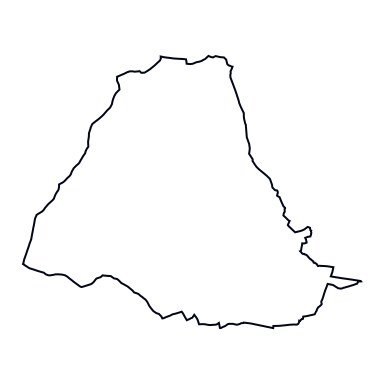 outline of Diosig, Bihor, Romania
{"feature_id": "2599482B5279611201513", "entity_name": "Diosig", "entity_type": "district", "adm_level": 2, "iso_a3": "ROU", "parent_name": "Romania", "parent_adm1": "Bihor", "projection": "equal_earth", "projection_center": [21.983, 47.326], "detail": "fine", "context": "isolated", "style": "outline", "palette": "ink", "viewbox_px": 384, "rotation_deg": 0, "n_neighbors": 0, "source": "geoboundaries", "source_scale": "gbopen_adm2", "svg_char_len": 5888}
<svg xmlns="http://www.w3.org/2000/svg" viewBox="0 0 384 384"><path d="M342.7,288.2L343.5,287.8L344.2,287.7L346.4,287.0L347.4,286.8L354.2,284.7L356.0,284.0L357.0,283.7L357.8,282.4L358.3,281.6L358.6,281.4L359.0,281.4L360.1,281.5L361.0,281.4L360.7,281.0L351.1,279.5L341.1,278.1L330.8,276.4L332.4,271.9L333.1,268.6L333.4,267.2L326.8,266.2L319.3,265.8L317.9,266.0L316.5,263.8L315.8,263.5L315.0,262.9L314.9,262.8L314.7,262.8L314.0,262.8L313.8,262.7L313.6,262.6L313.6,262.4L313.5,262.2L313.5,261.8L313.4,261.5L312.4,260.7L311.6,260.1L311.3,259.7L309.8,258.7L309.1,257.9L307.6,256.1L306.8,255.3L306.4,254.9L305.3,254.6L305.0,254.4L304.4,254.0L304.1,254.2L303.6,253.9L302.6,253.8L302.1,253.3L300.2,251.2L300.7,251.0L301.0,250.6L301.2,249.6L301.7,246.8L302.3,243.3L303.6,243.5L304.9,243.3L306.6,242.6L306.5,241.9L306.0,239.6L305.5,238.5L305.2,237.9L307.4,237.0L308.1,236.8L309.4,236.6L310.3,236.5L310.4,236.0L310.8,235.4L310.9,235.0L311.0,234.7L311.0,233.9L311.3,233.3L311.3,232.7L311.0,231.5L311.0,231.1L311.2,230.7L310.4,230.2L310.0,227.8L307.7,226.9L304.2,229.5L302.0,230.5L300.0,231.1L295.1,232.3L288.9,226.4L287.8,225.1L289.6,220.9L288.6,220.5L285.6,217.5L283.4,215.5L283.6,214.2L284.1,212.6L284.7,211.8L284.7,210.0L284.6,208.9L285.1,208.3L285.0,207.8L283.8,206.6L283.3,206.0L282.3,203.8L281.0,200.8L279.6,197.2L277.4,196.0L277.1,195.7L277.1,195.2L277.8,192.9L277.8,192.0L277.5,191.1L277.0,190.4L275.5,190.3L275.0,190.1L272.7,187.8L272.3,187.1L272.0,184.7L270.0,179.1L269.7,178.7L266.7,175.7L259.2,169.5L256.6,167.0L255.2,165.1L252.5,160.8L252.7,159.7L252.5,159.0L249.1,153.8L249.8,148.7L249.2,144.1L246.8,137.3L245.8,124.8L245.1,123.2L244.4,120.2L244.0,118.2L243.8,116.0L243.8,113.1L240.8,106.9L239.2,103.0L238.8,101.1L235.8,91.8L232.9,83.9L230.5,77.7L230.3,75.2L230.7,73.3L230.6,71.7L230.6,71.3L231.8,68.7L232.5,66.7L231.4,66.5L230.0,65.8L229.2,65.6L228.2,65.0L227.3,64.1L226.7,61.9L226.2,59.6L223.9,57.4L220.6,57.2L215.6,56.1L213.0,57.4L210.9,57.0L208.5,55.9L205.2,59.0L202.7,60.2L201.9,60.8L201.2,61.1L199.1,61.7L196.5,62.2L192.9,63.7L190.4,64.1L189.0,64.0L186.6,63.7L186.4,61.3L186.0,59.3L182.7,59.0L179.0,58.8L174.0,58.5L168.7,57.8L164.5,57.3L160.7,56.5L160.8,58.6L159.9,60.6L158.1,62.2L156.6,63.6L154.6,65.5L151.0,68.4L150.2,69.1L146.2,71.7L144.5,72.7L143.7,72.7L141.3,72.8L140.6,72.1L139.6,71.2L134.9,71.7L132.2,71.3L129.9,71.3L128.2,71.9L127.0,72.3L126.1,72.8L123.8,73.9L120.7,75.2L118.8,76.1L117.7,76.5L117.1,76.7L117.0,80.6L118.9,84.8L119.5,89.6L117.3,91.7L115.9,93.3L114.3,96.0L113.3,98.6L112.4,101.6L112.3,102.3L111.9,104.2L110.1,107.6L107.2,110.4L105.3,112.6L103.4,114.8L101.4,116.7L98.5,119.2L95.3,121.6L92.3,124.0L90.6,127.8L90.6,128.3L89.0,133.1L88.8,137.1L88.1,141.6L88.2,143.9L88.3,146.8L86.9,148.6L85.6,151.3L85.1,153.4L83.5,155.5L81.5,158.9L79.9,161.6L79.4,162.7L77.9,164.3L76.6,165.3L73.8,168.1L71.9,171.4L71.0,173.8L70.6,174.7L69.5,176.1L67.1,178.3L65.3,180.3L64.3,181.3L62.9,182.4L59.1,184.4L59.0,187.2L58.6,189.3L58.0,190.6L56.8,192.2L55.3,194.9L54.6,196.6L53.9,198.7L52.4,200.4L50.4,202.2L48.2,204.2L46.5,206.2L45.2,207.7L43.5,210.2L41.7,211.8L38.6,213.6L36.6,214.9L35.1,218.5L34.7,220.5L34.3,222.9L33.7,226.1L33.3,227.8L32.9,230.3L31.9,235.4L31.2,239.3L30.6,240.9L29.5,243.9L28.9,245.9L27.2,250.8L25.5,255.8L24.1,259.7L24.0,260.4L23.5,262.3L23.6,262.9L23.0,264.0L24.0,264.7L28.4,267.6L29.7,268.3L32.6,269.2L36.5,270.5L38.3,271.1L41.4,272.0L43.1,272.5L43.5,272.6L43.9,272.7L44.4,273.2L46.0,274.4L46.4,274.6L47.8,275.1L48.7,275.3L49.7,275.4L51.3,275.2L53.5,274.8L55.9,274.3L56.3,274.3L57.8,274.3L61.4,274.5L63.9,275.0L65.2,275.4L66.0,275.9L67.1,276.5L68.3,277.5L69.5,278.5L71.4,279.9L73.7,281.8L76.4,283.8L79.0,285.7L80.3,286.6L80.8,286.8L81.3,287.0L82.0,287.0L83.5,286.5L87.7,285.2L90.8,284.2L91.9,283.6L93.6,282.1L95.4,279.8L96.2,278.8L96.8,278.4L98.7,277.8L100.4,277.2L101.0,276.9L101.5,276.4L102.1,275.8L102.5,275.4L106.6,275.8L110.8,276.1L114.0,278.4L117.1,279.0L119.0,280.6L121.3,283.0L124.3,284.6L127.8,286.6L130.1,288.5L132.7,290.7L134.2,292.5L136.5,293.2L138.1,293.8L139.1,294.5L140.1,295.5L141.3,296.4L141.9,296.7L142.8,297.5L143.8,298.3L145.5,299.6L146.3,300.6L146.8,301.3L147.5,302.3L149.0,305.4L150.2,307.2L152.2,309.7L153.4,311.1L156.1,313.0L159.0,314.0L161.1,316.2L161.4,316.5L162.3,318.4L163.0,318.3L163.6,318.2L164.2,317.9L167.4,316.6L169.9,315.7L172.5,314.4L173.0,314.2L175.3,313.7L176.4,313.4L178.3,312.8L178.7,312.7L181.7,311.7L182.6,312.9L184.0,315.2L184.4,316.1L185.3,317.6L186.8,320.2L187.5,319.9L188.0,319.7L188.7,319.4L190.5,318.5L192.4,317.6L194.3,314.7L194.4,314.8L194.8,315.6L195.2,316.2L195.6,316.5L196.3,317.5L196.9,318.5L197.5,319.5L199.0,324.0L199.1,324.3L201.2,324.2L201.9,324.1L202.7,324.1L203.9,324.2L204.5,324.2L204.8,324.2L205.1,324.3L205.5,324.3L206.2,324.5L207.1,324.7L208.4,324.9L208.8,324.9L209.4,325.0L210.4,325.0L211.4,325.0L211.6,325.0L211.9,324.9L212.2,324.9L213.7,324.8L215.3,324.7L216.2,324.6L216.5,324.5L217.2,324.1L217.9,323.6L218.9,322.9L219.1,323.7L219.9,328.0L220.2,328.1L221.3,327.8L222.9,327.0L223.5,326.7L224.4,326.4L224.8,326.2L226.6,325.1L226.9,324.7L227.2,324.5L227.6,324.3L228.4,324.0L229.2,323.9L229.6,323.8L231.4,323.9L232.3,323.9L233.3,323.9L234.2,324.2L235.2,324.4L236.5,324.7L238.1,324.5L238.7,324.3L239.9,323.9L241.2,323.2L243.6,323.0L243.7,322.6L250.4,323.4L273.2,328.1L273.4,326.0L276.9,325.9L279.8,325.8L282.8,325.5L286.0,325.2L289.1,324.8L293.6,324.5L295.5,324.6L296.4,324.6L297.4,324.4L298.0,324.0L298.5,323.5L299.2,321.7L299.2,321.1L299.6,321.4L299.9,321.1L300.1,321.0L300.4,320.2L300.8,320.0L301.6,319.1L302.5,319.1L303.0,318.8L303.2,316.6L306.8,316.1L314.7,314.3L315.9,311.8L316.7,310.6L317.0,309.4L317.4,308.8L318.1,307.4L319.4,306.5L321.3,304.8L321.7,304.0L321.3,302.2L321.4,301.2L322.3,299.5L323.3,296.4L323.7,295.1L324.3,293.1L325.1,290.7L326.6,286.8L327.7,283.9L333.0,285.0L338.1,288.2L340.5,288.6L341.2,288.6L341.5,288.5L342.7,288.2Z" fill="none" stroke="#020617" stroke-width="2"/></svg>